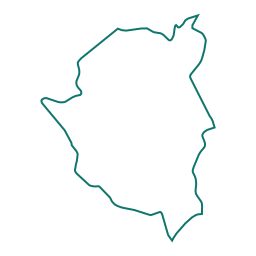 SVG path tracing the border of Kairouan
{"feature_id": "TUN-118", "entity_name": "Kairouan", "entity_type": "Governorate", "adm_level": 1, "iso_a3": "TUN", "parent_name": "Tunisia", "parent_adm1": "", "projection": "robinson", "projection_center": [9.864, 35.574], "detail": "fine", "context": "isolated", "style": "outline", "palette": "teal", "viewbox_px": 256, "rotation_deg": 0, "n_neighbors": 0, "source": "natural_earth", "source_scale": "10m", "svg_char_len": 2118}
<svg xmlns="http://www.w3.org/2000/svg" viewBox="0 0 256 256"><path d="M197.9,15.4L192.4,25.3L192.4,28.2L201.7,33.0L202.6,33.9L203.6,35.3L205.0,38.0L205.6,39.5L205.8,40.9L204.3,50.2L202.3,57.5L201.2,60.6L200.9,61.3L199.1,64.1L191.2,73.9L190.3,75.4L190.1,76.2L190.1,77.0L190.6,78.4L209.7,116.1L211.3,118.3L212.6,120.9L214.6,127.5L207.3,129.9L204.1,132.0L203.0,133.5L202.5,134.5L202.3,135.5L202.4,136.2L204.9,142.9L205.0,144.4L204.9,145.9L204.2,147.4L200.7,151.6L198.8,154.7L193.6,167.3L192.9,169.6L192.7,171.2L192.8,171.9L193.4,173.4L194.8,176.2L195.3,177.6L195.7,179.0L196.1,182.3L196.2,184.3L195.6,189.9L195.6,191.8L195.7,192.2L195.8,192.8L196.2,194.2L197.0,195.6L201.0,201.4L201.7,202.9L201.9,203.6L202.1,206.3L201.9,214.0L197.7,214.4L195.6,215.2L192.0,217.4L185.4,223.3L176.6,233.3L173.4,238.1L172.1,240.6L168.9,236.2L168.0,234.6L162.1,214.1L161.1,212.5L160.1,211.9L151.8,214.8L151.0,215.0L150.2,214.9L149.4,214.8L134.3,210.0L122.0,207.6L117.3,205.9L115.7,205.0L114.3,204.0L112.8,202.4L112.2,201.7L111.7,201.0L110.3,198.1L109.9,197.4L99.5,186.7L98.5,186.3L97.5,186.2L96.7,186.4L95.1,186.5L93.3,186.3L90.4,185.7L89.2,185.1L76.6,173.5L75.8,172.5L75.4,171.7L75.1,171.0L75.0,170.4L75.0,169.8L76.1,163.6L76.8,161.3L77.6,155.0L77.6,154.3L77.6,153.6L76.4,151.1L71.8,145.3L71.5,143.5L71.4,142.8L64.7,130.3L42.2,103.3L41.9,102.6L41.6,101.9L41.4,101.0L41.6,100.2L42.3,99.3L44.1,98.3L45.4,98.1L46.5,98.1L58.2,102.0L60.3,102.3L62.1,102.3L63.8,102.2L65.6,101.6L72.7,97.2L75.8,95.9L80.1,95.0L80.6,94.5L81.2,93.7L81.3,92.0L80.9,90.9L80.4,90.1L79.3,89.0L78.0,87.4L77.0,85.8L76.8,85.3L76.6,84.7L76.5,84.1L76.3,82.7L76.5,81.1L79.0,74.8L79.2,74.0L79.3,72.3L79.3,70.5L79.0,68.9L77.8,64.1L77.8,63.4L77.8,62.5L79.0,60.7L81.3,58.2L117.8,28.7L121.4,30.0L122.9,30.3L126.3,30.6L141.2,28.5L147.1,28.4L152.4,31.5L153.9,32.2L160.6,33.3L161.4,33.7L162.9,34.5L164.1,35.5L168.6,39.9L169.4,40.3L170.4,40.3L171.5,39.6L172.7,37.5L173.3,36.2L173.7,35.0L174.7,27.9L175.2,26.0L175.6,25.4L176.1,25.1L176.8,25.7L177.9,27.2L179.0,27.4L180.3,26.8L182.7,24.5L183.7,23.1L185.2,20.5L187.9,18.6L197.9,15.4Z" fill="none" stroke="#0f766e" stroke-width="2"/></svg>